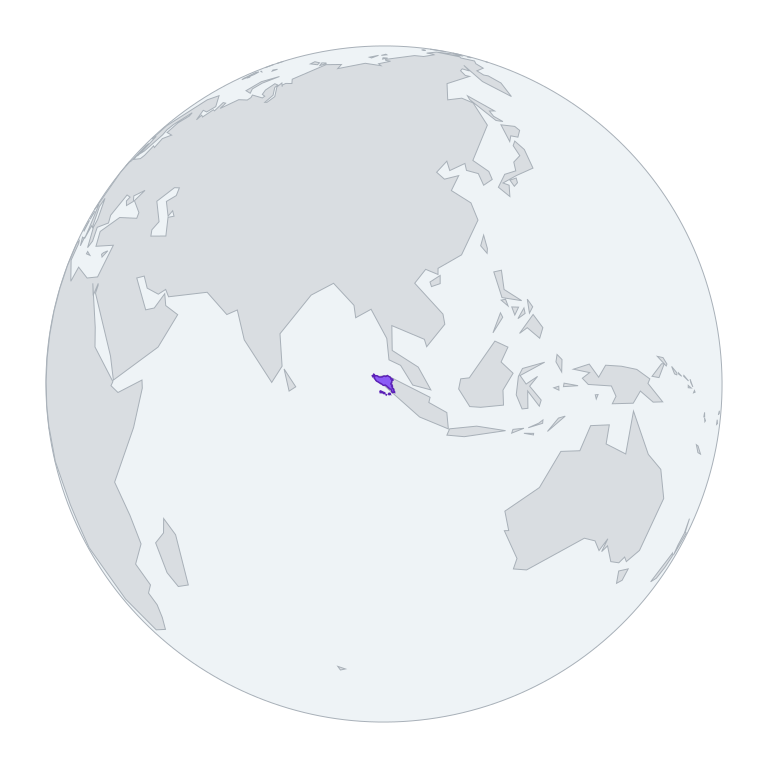 the Earth from above Aceh, rotated 348°
{"feature_id": "IDN-1136", "entity_name": "Aceh", "entity_type": "Autonomous Province", "adm_level": 1, "iso_a3": "IDN", "parent_name": "Indonesia", "parent_adm1": "", "projection": "orthographic", "projection_center": [96.646, 3.962], "detail": "fine", "context": "on_globe", "style": "filled", "palette": "violet", "viewbox_px": 768, "rotation_deg": 348, "n_neighbors": 0, "source": "natural_earth", "source_scale": "10m", "svg_char_len": 11903}
<svg xmlns="http://www.w3.org/2000/svg" viewBox="0 0 768 768"><g transform="rotate(348 384 384)"><circle cx="384" cy="384" r="338" fill="#eef3f6" stroke="#a8b0b8"/><path d="M706.5,479.9L705.9,482.3L705.7,482.6L706.5,479.9ZM528.1,78.3L522.6,75.9L520.0,74.6L528.1,78.3ZM513.4,71.8L507.8,69.7L498.7,66.1L513.4,71.8ZM552.4,91.0L551.0,90.2L550.4,89.9L552.4,91.0ZM537.2,83.0L533.2,81.3L535.3,82.0L537.2,83.0ZM529.7,79.7L520.2,76.6L526.0,79.7L504.5,70.3L519.6,75.4L521.3,75.5L524.5,77.3L529.7,79.7ZM494.1,66.2L490.2,65.0L492.2,65.3L494.1,66.2ZM112.5,182.9L115.7,180.4L114.6,183.0L103.7,197.8L99.0,218.4L109.6,206.2L115.6,218.6L126.1,219.7L148.1,192.0L130.9,189.4L138.1,175.8L160.1,166.2L176.6,170.5L179.9,165.4L178.0,152.8L190.5,144.9L178.4,148.0L176.8,153.3L169.2,155.9L170.1,151.4L174.5,148.4L172.0,145.7L151.7,162.1L148.0,169.2L136.1,171.1L128.7,183.6L122.4,189.0L132.5,170.1L138.1,163.5L149.7,144.4L142.6,151.2L131.3,170.2L130.9,168.5L121.3,179.5L128.3,169.8L142.6,148.9L137.6,152.7L137.0,153.4L170.2,122.3L181.2,114.0L183.2,113.3L200.6,101.3L204.0,99.8L192.7,107.0L186.0,112.3L192.5,112.9L197.3,110.6L208.1,103.2L208.6,105.0L218.2,97.9L228.0,96.4L224.1,92.9L236.7,85.8L249.3,81.4L252.8,78.8L232.2,86.4L224.6,90.2L219.2,94.3L198.0,106.3L193.1,108.1L212.7,94.4L207.9,96.1L225.3,86.1L270.2,69.3L282.6,67.7L277.1,77.7L267.1,81.0L264.1,78.7L255.5,86.6L261.6,83.1L262.0,85.1L274.1,80.3L275.0,81.6L285.2,75.3L287.5,76.4L281.0,80.4L301.0,75.7L309.3,77.8L313.4,76.2L315.4,74.0L324.5,78.9L327.2,77.7L325.2,75.4L329.2,71.8L339.7,67.6L342.3,69.5L338.8,71.2L335.5,78.5L325.9,83.7L328.0,84.2L336.9,80.2L341.0,71.2L346.7,68.3L346.2,72.0L346.8,70.4L350.4,69.6L356.4,70.9L357.6,66.8L393.7,59.6L408.8,62.6L404.3,65.9L432.3,66.4L447.2,72.0L445.3,69.6L457.5,69.7L453.0,67.8L453.0,66.8L482.1,69.1L490.9,71.9L501.4,72.4L500.4,71.5L494.5,69.2L504.5,70.3L526.0,79.7L527.0,81.1L539.7,86.9L540.4,89.8L546.7,95.7L540.0,97.0L545.7,102.5L550.0,104.3L561.0,113.9L568.4,129.3L543.2,108.6L528.3,88.9L532.7,95.6L526.0,92.0L524.0,93.5L527.7,99.1L531.6,100.9L508.1,103.3L505.4,119.3L519.5,120.6L529.6,127.6L538.9,152.3L517.4,183.8L530.7,197.9L532.4,206.4L522.8,210.3L520.0,197.8L509.1,192.2L509.0,185.1L492.7,188.9L491.8,179.1L479.5,187.8L485.7,196.2L500.4,195.7L490.1,208.8L506.7,224.9L510.0,243.2L486.7,273.8L460.9,282.1L459.6,288.1L448.6,280.5L435.0,291.8L456.2,327.9L455.9,338.2L433.5,356.4L432.8,348.7L403.8,328.5L399.0,352.9L421.0,374.6L428.6,399.5L411.9,391.0L404.1,369.2L393.9,361.4L396.2,340.0L386.9,308.2L370.1,313.3L371.0,300.8L355.6,275.0L331.2,281.9L292.7,313.2L288.0,345.4L274.5,359.1L256.5,311.8L255.9,281.1L244.7,283.4L230.1,257.5L191.4,253.9L190.1,246.1L181.9,249.2L172.3,241.0L171.9,228.6L164.2,228.9L166.3,261.9L175.1,261.9L188.3,250.1L186.8,261.9L196.6,273.3L170.7,300.9L120.1,323.9L122.3,299.8L120.7,235.1L124.7,228.4L125.0,227.6L125.4,226.2L117.9,237.0L120.1,225.0L113.3,268.6L109.0,287.7L119.3,325.3L116.6,328.9L122.0,337.0L148.1,329.8L146.7,337.8L130.0,374.5L100.1,424.0L108.2,459.7L113.1,489.9L103.6,508.5L113.8,532.0L110.2,539.5L116.2,552.8L118.6,566.3L119.2,578.6L110.1,577.1L102.2,564.9L86.5,540.6L61.5,482.7L56.0,457.1L52.1,436.8L46.4,391.4L47.1,367.2L47.4,356.7L47.1,358.3L49.7,334.7L54.0,311.4L59.9,288.5L67.4,266.0L76.4,244.1L87.0,222.8L99.0,202.4L112.5,182.9ZM186.7,190.9L201.4,193.9L207.4,176.1L213.5,176.2L213.3,170.6L207.7,174.9L209.1,160.2L220.0,156.5L224.6,149.6L219.9,148.4L199.8,158.0L197.7,178.5L189.0,184.9L186.7,190.9ZM181.3,113.6L180.2,114.5L176.7,117.1L181.3,113.6ZM342.5,48.6L335.6,49.6L333.4,49.9L342.5,48.6ZM352.9,47.5L346.0,48.2L346.9,48.1L352.9,47.5ZM119.6,177.8L119.9,178.6L121.7,178.2L115.7,185.7L119.6,177.8ZM128.9,163.5L130.0,162.7L122.4,172.0L122.2,171.6L128.9,163.5ZM137.2,154.9L130.7,161.9L134.0,157.9L137.2,154.9ZM194.5,106.2L196.5,105.5L194.2,107.2L190.1,109.8L194.5,106.2ZM308.2,56.8L310.7,55.7L312.9,55.3L323.4,52.6L326.6,52.7L321.4,54.3L308.2,56.8ZM141.5,196.3L134.6,201.2L134.7,198.4L137.0,197.2L141.5,196.3ZM121.7,192.8L123.1,197.0L120.0,194.8L121.7,192.8ZM313.3,56.3L317.3,55.1L316.4,56.0L313.3,56.3ZM329.4,52.7L329.4,53.4L328.2,52.4L329.4,52.7ZM280.1,650.6L287.0,654.7L281.9,654.7L280.1,650.6ZM148.8,488.1L150.8,539.9L140.7,539.3L132.6,523.5L127.6,491.9L137.4,483.8L140.5,469.8L148.8,488.1ZM510.6,461.3L520.1,463.4L519.6,464.9L510.6,461.3ZM500.7,455.2L511.7,456.4L498.7,458.6L500.7,455.2ZM516.0,456.8L527.2,454.5L532.0,452.2L531.0,455.4L516.0,456.8ZM493.2,454.9L451.5,452.2L434.9,447.1L438.9,441.5L465.9,444.5L493.2,454.9ZM437.6,441.3L412.0,423.7L376.1,375.0L388.9,376.4L426.3,406.6L424.0,411.4L439.5,425.0L437.6,441.3ZM499.1,414.7L496.5,429.5L473.7,426.9L463.2,423.9L456.0,404.4L460.1,394.9L468.7,395.7L501.4,365.1L512.9,373.7L503.1,386.8L512.5,400.3L499.1,414.7ZM289.4,348.5L297.1,368.4L289.7,371.2L289.4,348.5ZM514.0,343.4L501.2,356.6L512.7,338.6L514.0,343.4ZM520.5,326.4L521.6,333.5L516.0,326.3L520.5,326.4ZM459.8,297.5L450.7,298.6L450.2,293.8L461.5,289.5L459.8,297.5ZM512.4,259.1L513.3,273.0L512.0,277.6L507.3,268.9L512.4,259.1ZM345.7,61.5L327.5,64.4L316.6,68.0L313.6,71.8L310.0,68.4L326.9,62.8L345.7,61.5ZM387.4,59.2L389.9,57.0L394.0,57.9L394.0,58.6L387.4,59.2ZM385.3,57.9L378.6,55.6L383.4,54.4L387.7,56.4L385.3,57.9ZM345.3,54.0L339.7,54.7L340.6,53.8L345.3,54.0ZM631.0,609.4L630.2,612.3L620.9,621.5L610.0,630.6L603.7,632.9L631.0,609.4ZM570.0,627.3L574.7,615.7L584.4,615.6L576.1,625.5L570.0,627.3ZM638.2,602.5L646.7,592.5L654.8,579.2L647.9,591.5L648.7,592.7L631.4,611.7L638.2,602.5ZM547.9,576.5L484.8,595.5L472.1,591.8L477.8,582.3L471.2,552.5L475.5,553.3L475.8,533.5L514.5,517.6L543.0,486.7L561.7,490.0L577.5,467.7L595.9,470.8L588.8,488.8L605.9,502.7L622.4,462.4L627.9,507.8L637.0,525.1L633.8,554.1L599.3,599.9L584.1,608.1L583.4,603.3L576.5,607.7L568.9,604.9L569.0,588.8L562.0,593.2L570.8,581.9L559.7,591.6L557.8,581.3L547.9,576.5ZM676.9,508.3L678.3,509.9L679.0,518.4L676.8,516.4L676.9,508.3ZM702.5,488.2L701.9,492.1L700.9,492.7L702.5,488.2ZM705.7,482.6L704.6,483.7L706.5,479.9L705.7,482.6ZM690.5,483.8L690.8,486.8L690.0,487.6L690.5,483.8ZM690.0,482.7L691.7,478.4L690.8,482.9L690.0,482.7ZM684.9,457.0L686.3,454.9L686.6,456.7L684.9,457.0ZM534.0,464.4L547.6,453.6L554.6,453.1L534.0,464.4ZM683.7,451.8L680.8,450.9L681.3,448.6L683.7,451.8ZM684.4,446.3L684.4,442.9L685.5,451.1L684.4,446.3ZM679.1,437.9L682.5,444.4L678.7,438.6L679.1,437.9ZM676.8,438.4L674.2,435.4L674.4,434.4L676.8,438.4ZM642.3,438.3L652.9,459.4L643.5,457.7L633.3,444.2L623.8,454.6L603.2,450.8L608.4,444.2L606.0,433.2L583.7,426.9L579.2,419.6L587.5,415.6L572.3,408.9L588.9,407.2L595.4,422.0L604.7,411.7L620.0,416.0L634.3,422.3L645.1,434.3L642.3,438.3ZM588.4,438.5L591.2,438.8L588.5,442.8L588.4,438.5ZM669.0,426.6L672.9,434.2L672.3,435.9L670.3,434.5L669.0,426.6ZM647.8,432.2L659.7,421.9L662.3,422.5L654.3,434.9L647.8,432.2ZM657.1,413.8L662.4,416.2L664.9,423.3L663.8,425.0L657.1,413.8ZM554.5,422.5L553.8,426.4L549.3,423.0L554.5,422.5ZM560.3,420.6L573.5,426.0L559.0,423.9L560.3,420.6ZM518.9,404.0L523.0,413.6L535.8,408.5L526.0,416.4L534.4,432.4L531.3,438.0L523.1,420.7L519.7,437.7L513.9,437.1L511.1,422.1L517.0,404.6L522.7,397.6L545.7,396.1L518.9,404.0ZM560.3,409.2L556.8,398.1L559.4,391.1L563.2,397.1L560.3,409.2ZM545.8,371.6L535.8,358.7L527.1,362.7L544.3,347.0L551.1,361.9L545.8,371.6ZM536.7,344.3L528.6,347.9L536.7,338.7L536.7,344.3ZM526.3,343.7L525.0,335.2L531.6,336.8L526.3,343.7ZM541.0,344.9L541.8,330.8L545.5,339.4L541.0,344.9ZM521.1,316.5L536.0,331.1L517.4,324.0L514.7,297.2L522.5,297.1L521.1,316.5ZM552.6,217.7L549.6,210.8L556.1,210.0L556.4,214.9L552.6,217.7ZM574.6,203.8L556.9,207.6L542.2,212.1L547.7,215.6L546.1,226.8L536.8,215.3L545.7,204.0L557.2,202.9L557.1,193.9L564.3,188.9L559.9,177.7L562.4,173.6L570.0,183.8L574.6,203.8ZM557.4,173.0L552.3,154.8L565.4,159.2L569.4,164.1L566.3,170.4L559.6,167.6L557.4,173.0ZM554.9,152.0L548.3,149.5L526.9,123.6L525.6,119.5L548.9,139.9L543.9,138.9L546.8,144.9L554.9,152.0ZM492.4,66.1L490.4,65.1L494.2,66.5L492.4,66.1ZM450.2,65.9L450.9,64.7L455.3,65.9L450.2,65.9ZM455.2,62.6L449.7,62.0L454.4,61.8L455.2,62.6ZM437.7,61.3L447.0,61.4L439.6,62.5L437.7,61.3Z" fill="#d9dde1" stroke="#a8b0b8" stroke-width="1"/><path d="M392.6,394.5L391.9,394.1L391.7,394.0L391.3,394.1L391.2,394.1L390.9,394.0L390.8,393.9L390.5,394.0L390.5,393.9L390.2,393.5L390.0,393.3L390.0,393.1L390.0,392.5L389.9,391.6L389.7,390.6L389.6,390.4L389.2,390.3L388.9,390.2L388.6,390.1L388.0,389.5L387.9,389.3L387.9,389.1L387.8,388.6L387.7,388.4L387.3,388.3L387.2,388.2L386.2,386.6L385.6,386.1L385.5,385.9L385.4,385.7L385.2,385.5L385.0,385.4L384.8,385.3L384.7,385.3L383.5,385.3L383.3,385.2L383.0,385.1L382.7,384.8L381.8,383.6L381.4,383.2L381.1,382.9L380.9,383.0L380.6,382.6L380.4,382.5L380.3,382.4L379.6,381.7L379.1,381.2L378.8,380.9L378.6,380.6L378.2,380.4L377.9,380.1L377.7,380.0L377.6,379.9L377.4,379.7L377.2,379.3L377.1,379.1L376.9,379.0L376.8,378.9L376.8,378.7L376.7,378.5L376.7,378.4L376.6,378.1L376.4,377.7L376.2,377.4L376.1,377.2L376.1,376.9L376.0,376.7L375.9,376.6L375.7,376.3L375.7,376.2L375.6,375.9L375.8,375.5L375.8,375.4L375.7,375.2L375.8,375.2L375.7,375.0L375.7,374.9L375.5,374.7L375.8,374.5L376.0,374.5L376.3,374.3L376.5,374.2L376.8,374.0L377.0,374.0L377.3,374.3L377.5,374.2L377.9,374.2L378.8,374.5L379.3,374.8L379.5,374.8L379.6,375.0L379.8,375.4L380.5,376.0L380.9,376.2L381.9,376.4L382.3,376.6L382.6,376.6L382.9,376.5L383.3,376.6L383.5,376.7L384.0,376.6L384.8,376.3L385.1,376.2L385.5,376.3L385.9,376.3L386.3,376.4L386.5,376.5L387.0,376.7L387.1,376.9L387.4,377.0L387.7,377.0L389.0,376.4L390.0,377.4L391.0,378.2L391.2,378.4L391.3,378.4L391.4,378.5L391.7,379.0L391.8,379.6L391.9,379.8L392.0,380.0L391.9,380.5L392.1,380.5L392.3,380.5L392.5,380.6L392.8,380.6L393.0,380.8L393.4,381.1L393.6,381.3L393.6,381.6L393.5,382.1L393.0,382.0L392.8,382.1L392.7,382.2L392.4,382.3L392.4,382.5L392.2,383.0L392.1,383.6L392.0,383.9L391.9,384.0L391.6,384.2L391.6,384.4L391.4,384.4L391.3,384.7L391.2,384.8L390.7,385.2L390.7,385.3L390.7,385.5L390.8,385.7L390.9,385.8L391.0,386.2L391.1,386.3L391.3,386.5L391.4,386.8L391.5,386.8L391.4,387.0L391.5,387.2L391.6,387.3L391.8,387.5L391.8,387.9L391.7,388.0L391.3,388.1L391.2,388.1L391.3,388.4L391.4,388.5L391.5,388.6L391.6,388.8L391.6,389.0L391.4,389.2L391.4,389.3L391.5,389.8L391.4,390.0L391.5,390.2L391.8,390.3L392.0,390.6L392.3,390.7L392.3,390.8L392.3,391.0L392.2,391.1L392.3,391.2L392.3,391.4L392.4,391.5L392.2,391.7L392.2,391.8L392.1,392.0L392.2,392.5L392.3,392.9L392.5,393.0L392.7,393.4L392.7,393.6L392.6,394.5ZM383.0,393.1L383.0,393.3L382.9,393.5L382.7,393.5L382.4,393.4L382.3,393.5L382.2,393.5L382.0,393.4L382.1,393.2L381.9,393.0L381.6,392.9L380.6,392.2L380.4,392.1L380.1,392.0L380.0,391.9L379.9,392.0L379.7,392.0L379.5,391.9L379.4,391.7L379.0,391.7L378.9,391.7L379.0,391.5L379.0,391.4L378.8,391.3L378.8,391.2L378.6,391.1L378.4,391.0L378.4,390.9L378.4,390.7L378.5,390.6L378.8,390.6L378.8,390.4L378.9,390.2L379.0,390.0L379.5,390.2L379.7,390.4L379.5,390.6L379.8,390.6L380.0,390.7L380.1,390.9L380.2,391.0L380.4,391.0L380.7,391.1L380.8,391.2L381.0,391.4L380.8,391.6L381.0,391.7L381.1,391.8L381.2,391.7L381.6,392.0L381.9,392.2L382.1,392.2L382.2,392.3L382.3,392.5L382.4,392.8L382.5,392.8L382.5,392.5L382.8,392.7L382.9,393.0L383.0,393.1ZM388.0,394.5L388.1,394.9L388.1,395.2L388.1,395.3L388.0,395.2L387.9,395.2L387.7,395.0L387.3,394.5L386.7,394.3L386.8,394.2L387.1,394.2L387.2,394.3L387.3,394.3L387.5,394.2L387.8,394.3L387.7,394.3L387.9,394.5L388.0,394.5ZM376.4,372.6L376.6,372.9L376.6,373.1L376.4,373.0L376.4,373.3L376.1,373.2L375.9,373.1L375.8,372.8L375.7,372.7L375.8,372.5L376.0,372.8L376.2,372.6L376.3,372.6L376.4,372.6ZM375.0,373.7L375.1,373.8L374.9,373.8L374.7,374.0L374.7,373.9L374.7,373.7L374.4,373.5L374.5,373.4L374.8,373.5L375.1,373.7L375.0,373.7ZM387.0,395.2L386.8,395.3L386.8,395.5L386.7,395.5L386.5,395.1L386.7,394.9L386.8,394.9L386.9,395.0L387.0,395.2ZM375.3,374.0L375.5,374.3L375.3,374.3L375.2,374.3L375.0,374.2L375.3,374.0ZM383.9,394.8L384.1,394.9L384.2,395.0L383.9,395.2L383.8,394.9L383.9,394.8Z" fill="#8b5cf6" stroke="#5b21b6" stroke-width="1.5"/></g></svg>